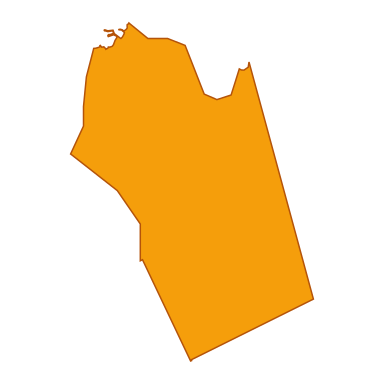 48, Ad Dawhah, Qatar (Robinson projection)
{"feature_id": "91078587B17099224452406", "entity_name": "48", "entity_type": "district", "adm_level": 2, "iso_a3": "QAT", "parent_name": "Qatar", "parent_adm1": "Ad Dawhah", "projection": "robinson", "projection_center": [51.565, 25.262], "detail": "fine", "context": "isolated", "style": "filled", "palette": "amber", "viewbox_px": 384, "rotation_deg": 0, "n_neighbors": 0, "source": "geoboundaries", "source_scale": "gbopen_adm2", "svg_char_len": 1225}
<svg xmlns="http://www.w3.org/2000/svg" viewBox="0 0 384 384"><path d="M190.6,361.0L191.6,360.6L191.2,359.8L313.4,299.1L249.0,62.0L248.2,67.2L244.0,70.1L241.4,70.0L239.3,68.9L235.5,81.1L231.1,95.0L216.9,99.6L204.2,94.1L200.3,84.2L192.8,65.0L185.1,45.4L167.6,38.5L147.9,38.5L128.9,23.0L128.7,23.7L127.8,24.2L127.3,24.5L127.1,24.9L127.2,28.0L126.6,28.9L125.7,29.8L124.0,30.9L123.3,30.7L122.5,29.9L120.6,29.3L119.6,29.3L118.9,29.5L119.0,29.8L120.4,29.9L121.4,30.0L122.1,30.3L122.7,30.7L122.6,31.0L123.1,31.3L124.4,32.5L124.0,34.0L123.2,35.6L122.2,37.3L120.9,38.5L120.5,38.3L114.3,33.6L113.0,30.2L107.8,30.8L104.8,29.8L104.2,30.2L104.5,30.8L105.4,30.9L107.8,31.6L112.2,30.9L112.9,31.3L113.6,33.3L109.8,34.7L109.1,34.5L108.6,34.6L108.2,35.0L107.9,35.4L107.9,35.9L108.3,36.6L113.5,34.8L116.4,36.1L117.0,37.1L116.6,37.9L115.4,39.9L115.1,40.3L113.5,44.6L112.3,46.3L109.6,47.2L109.2,47.0L108.4,47.0L108.4,47.5L107.7,48.2L106.6,48.9L105.9,49.2L105.9,48.6L104.1,47.4L103.9,46.8L101.7,47.2L100.3,45.4L99.9,45.6L100.0,46.7L98.5,47.4L95.8,48.2L93.7,48.4L93.2,50.5L86.4,76.8L83.5,106.6L83.5,126.1L70.6,154.0L100.6,177.5L117.3,190.6L140.3,224.0L140.3,260.8L142.5,259.7L190.6,361.0Z" fill="#f59e0b" stroke="#b45309" stroke-width="1.5"/></svg>